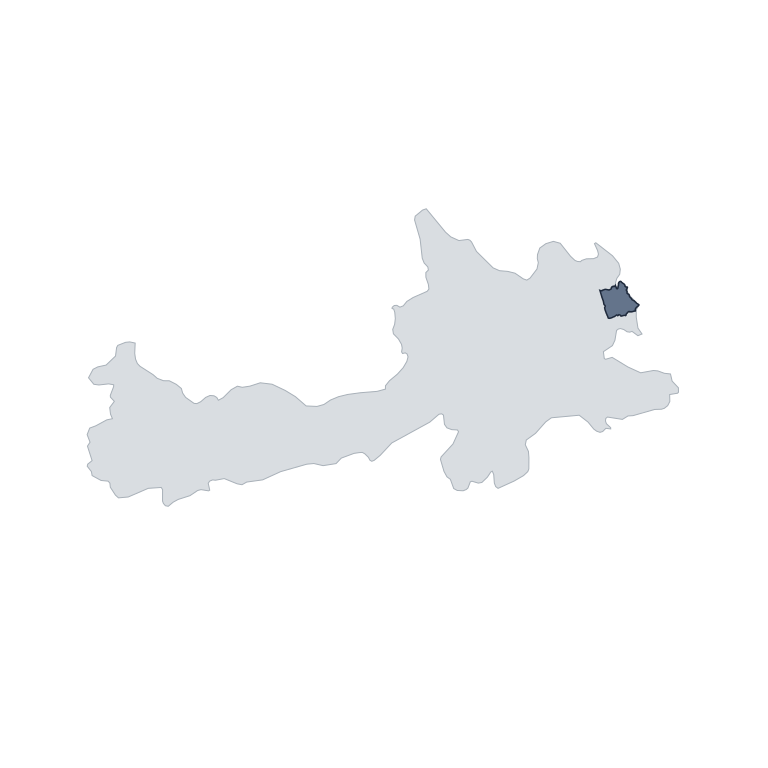 location of Long, Louang Namtha, Laos, rotated 117°
{"feature_id": "54806243B81400796532262", "entity_name": "Long", "entity_type": "district", "adm_level": 2, "iso_a3": "LAO", "parent_name": "Laos", "parent_adm1": "Louang Namtha", "projection": "mercator", "projection_center": [100.748, 20.99], "detail": "fine", "context": "in_parent", "style": "filled", "palette": "slate", "viewbox_px": 768, "rotation_deg": 117, "n_neighbors": 0, "source": "geoboundaries", "source_scale": "gbopen_adm2", "svg_char_len": 8465}
<svg xmlns="http://www.w3.org/2000/svg" viewBox="0 0 768 768"><g transform="rotate(117 384 384)"><path d="M280.5,125.3L283.8,131.3L299.1,147.7L301.7,152.1L307.3,155.5L312.0,169.9L314.0,170.8L316.5,169.8L318.4,167.8L320.0,162.2L321.1,161.6L322.8,166.2L327.1,167.6L329.0,169.6L329.5,173.1L328.9,176.7L325.3,184.9L323.2,195.9L338.1,219.5L344.3,222.7L359.2,226.6L369.3,231.8L374.0,230.5L378.5,224.7L383.9,221.4L393.9,216.4L396.8,216.1L402.3,218.1L411.4,224.0L425.2,235.0L424.7,237.9L422.2,240.7L414.9,245.1L412.5,247.9L413.9,248.9L420.1,249.6L427.3,252.1L429.5,255.0L430.7,261.5L432.0,262.7L438.7,262.0L440.8,262.9L443.2,265.0L445.6,270.4L445.5,274.4L438.8,281.6L438.1,285.8L434.6,290.9L425.5,299.5L423.0,300.0L406.1,295.3L392.7,295.9L391.6,297.7L393.9,302.9L394.5,308.0L392.5,311.8L384.7,316.9L384.4,319.1L386.0,321.3L397.2,325.9L433.0,350.3L449.3,355.0L456.5,358.1L458.4,359.8L458.3,361.9L456.4,364.6L454.9,369.4L454.8,372.3L456.5,375.1L459.4,379.2L469.4,388.4L476.7,390.6L484.4,401.2L486.7,410.4L490.5,416.4L509.0,436.3L524.5,448.6L533.7,461.8L538.2,464.8L539.6,469.5L540.8,483.4L546.2,490.4L547.3,493.2L549.6,495.2L552.2,495.6L557.7,491.1L558.8,491.7L561.2,499.1L563.5,501.7L571.6,506.2L580.3,515.0L585.0,518.2L590.9,520.7L591.7,523.5L590.6,526.3L588.8,528.2L578.7,533.3L577.3,535.5L584.0,546.7L600.8,560.6L606.0,568.9L604.9,572.9L600.2,581.0L596.8,583.2L595.8,585.7L598.4,592.3L598.1,602.5L594.9,604.9L592.0,611.1L589.9,611.6L584.8,609.3L574.0,620.0L569.3,619.5L563.9,625.5L556.9,626.2L552.1,621.8L541.8,614.7L538.2,610.2L535.0,614.0L529.5,617.7L521.9,616.4L519.9,621.8L518.4,622.7L509.1,623.7L507.4,624.5L508.9,629.4L514.3,637.6L516.0,642.4L512.6,650.1L503.0,649.9L498.7,646.8L493.3,640.2L481.0,635.9L472.9,638.8L470.4,638.7L464.2,633.2L461.9,629.6L460.5,624.3L469.9,620.0L474.6,616.7L477.7,613.1L479.0,609.4L480.5,594.1L481.9,588.6L481.2,582.0L478.6,576.7L478.6,568.9L480.0,562.5L483.5,559.3L486.0,554.7L487.5,544.4L486.4,541.8L482.9,539.2L476.9,536.8L473.2,533.8L471.7,530.1L471.9,526.9L473.7,524.2L469.2,521.1L458.5,517.6L452.5,513.6L451.3,508.8L446.8,502.5L439.1,494.8L435.0,483.6L434.6,469.1L435.5,457.2L438.9,443.4L434.4,433.5L429.5,428.2L422.6,424.4L416.0,418.8L409.8,411.6L402.4,400.9L393.7,386.8L387.9,380.4L384.9,381.9L378.6,380.6L369.0,376.5L360.7,374.3L353.5,373.9L348.9,374.9L346.8,377.0L346.6,379.2L348.4,381.3L347.4,382.9L343.7,384.1L340.7,386.4L337.3,391.6L335.0,398.4L331.4,401.0L326.0,401.6L320.6,403.6L315.3,406.9L312.8,409.4L313.1,411.1L311.9,411.5L309.4,410.5L308.1,408.3L308.3,404.7L305.6,402.3L300.0,401.1L293.7,397.3L281.8,387.6L279.0,387.1L275.1,389.7L269.9,395.1L265.7,397.3L262.3,396.2L259.8,398.1L258.0,403.1L254.6,407.0L238.5,417.6L224.0,431.2L220.3,432.4L211.5,428.6L208.7,425.9L220.8,398.1L222.6,391.3L222.2,382.4L217.1,374.9L216.9,372.8L217.7,370.5L223.9,361.8L231.0,339.5L230.6,332.5L227.5,324.9L225.8,317.6L227.1,307.7L226.6,303.9L223.2,301.9L212.1,299.9L205.8,301.6L202.7,304.3L199.0,306.0L192.1,306.9L185.5,303.5L180.0,297.8L178.6,290.9L185.5,275.8L187.2,270.0L187.0,267.3L185.8,264.4L184.2,264.0L180.6,260.5L177.2,254.2L173.9,251.4L170.9,251.9L168.1,254.3L163.4,260.2L162.0,259.4L166.0,238.6L169.9,229.7L174.4,225.6L179.2,223.8L184.3,224.5L188.5,223.7L191.9,221.6L191.6,220.3L187.6,220.0L186.0,217.6L186.8,213.2L188.6,210.3L191.4,209.0L194.0,204.5L196.6,196.8L199.8,192.9L203.5,192.8L209.9,189.6L218.9,183.1L222.3,176.8L225.7,179.7L224.5,186.9L226.2,188.5L227.1,191.1L226.6,195.1L227.3,198.6L228.7,200.2L230.7,201.1L240.2,198.1L246.1,197.9L255.6,203.2L261.3,199.3L261.4,197.8L256.7,192.8L258.1,174.4L257.5,160.4L249.6,150.0L248.0,145.9L247.2,139.1L245.0,133.3L250.6,128.6L253.7,120.0L257.6,117.9L258.9,118.2L263.7,124.7L269.8,121.4L274.5,121.4L278.4,123.2L280.5,125.3Z" fill="#d9dde1" stroke="#a8b0b8" stroke-width="1"/><path d="M205.0,193.3L204.7,193.3L204.1,193.5L203.9,193.8L203.5,193.9L202.7,194.1L202.4,194.1L202.0,194.0L201.9,193.9L201.5,193.9L201.4,193.9L201.1,193.8L200.8,193.7L200.5,193.6L200.0,193.3L199.9,193.2L199.7,193.1L199.3,193.1L199.0,193.0L198.9,192.9L198.7,192.8L198.2,192.7L197.8,192.7L197.7,192.8L197.6,193.1L197.6,193.4L197.5,193.8L197.4,194.3L197.4,194.5L197.4,194.8L197.4,195.3L197.4,195.6L197.3,195.9L197.2,196.1L197.0,196.4L197.0,196.5L196.9,196.8L196.9,197.2L196.7,197.5L196.6,198.0L196.5,198.4L196.3,198.8L196.3,199.4L196.3,199.7L196.3,200.4L196.3,200.8L196.3,201.1L196.2,201.5L196.0,201.8L195.7,201.9L195.6,202.0L195.4,202.3L195.3,202.6L195.3,203.0L195.2,203.4L195.1,203.7L195.0,204.0L194.9,204.3L194.8,204.5L194.6,204.7L194.3,205.2L194.2,205.3L193.9,205.4L193.8,205.6L193.7,205.7L193.2,206.1L193.0,206.5L192.9,206.7L192.9,206.8L193.0,206.9L193.0,207.1L193.0,207.3L193.0,207.6L193.0,207.9L192.9,208.2L192.9,208.4L192.8,208.6L192.7,208.7L192.6,208.8L192.4,208.9L192.2,208.9L191.5,209.3L191.4,209.3L191.2,209.6L190.4,210.7L190.3,210.8L190.1,210.8L189.8,210.9L189.5,210.9L189.4,210.9L189.2,210.8L188.9,210.8L188.6,210.9L188.1,210.9L187.3,211.0L187.2,211.2L187.3,211.3L187.3,211.5L187.5,211.7L187.5,211.9L187.6,212.0L187.7,212.5L187.6,213.0L187.6,213.4L187.5,213.5L187.4,213.7L187.3,213.8L187.1,213.9L187.0,214.0L186.9,214.1L186.7,214.2L186.6,214.3L186.4,214.5L186.2,214.8L186.1,215.0L186.0,215.3L185.9,215.9L185.8,216.1L185.8,216.9L185.7,217.4L185.6,217.8L185.6,218.1L185.5,218.4L185.5,218.6L185.4,218.7L185.4,218.8L185.2,219.0L185.1,219.3L185.1,219.6L185.1,219.8L185.3,220.0L185.6,220.3L185.8,220.6L186.1,220.7L186.4,220.7L186.7,220.8L187.1,220.9L187.3,220.9L187.6,220.8L187.9,220.8L188.0,220.8L188.1,220.7L188.2,220.4L188.4,220.4L188.6,220.3L188.8,220.3L189.0,220.3L189.2,220.2L189.4,220.0L189.5,219.9L190.1,219.8L190.4,219.7L190.5,219.7L191.1,219.5L191.4,219.5L191.7,219.3L192.1,219.3L192.5,219.1L193.0,219.2L193.2,219.3L193.3,219.4L193.3,219.5L193.4,219.9L193.4,220.1L193.3,220.3L193.1,220.4L193.0,220.5L192.8,220.6L192.7,220.7L192.6,220.8L192.5,221.0L192.4,221.2L192.3,221.3L192.0,221.7L191.9,221.8L191.8,222.0L191.5,222.2L191.4,222.4L191.2,222.6L191.3,222.6L191.5,222.6L191.8,222.7L192.0,222.7L192.3,222.7L192.4,222.8L192.5,223.0L192.4,223.0L192.4,223.4L192.5,223.7L192.6,223.8L192.8,223.9L192.9,223.7L193.0,223.8L193.1,224.0L193.1,224.3L193.3,224.3L193.5,224.4L193.5,224.5L193.8,224.7L193.8,224.8L194.0,224.9L194.0,225.0L194.5,225.1L194.8,225.1L195.1,225.0L195.3,225.1L195.5,225.0L195.6,224.9L195.8,224.8L196.1,224.8L196.3,224.9L196.5,224.9L196.6,225.0L197.0,225.3L197.3,225.6L197.7,225.8L197.8,225.9L197.9,226.0L198.0,226.2L198.0,226.3L198.2,226.5L198.3,226.8L198.3,227.0L198.4,227.3L198.5,227.6L198.6,228.0L198.8,228.7L198.9,229.0L199.0,229.4L199.1,229.6L199.2,229.8L199.3,230.0L199.5,230.2L199.6,230.3L199.8,230.5L200.0,230.7L200.1,230.8L200.3,230.9L200.5,231.1L200.7,231.3L200.9,231.5L201.2,231.9L201.4,232.0L201.6,232.1L201.8,232.1L202.0,232.1L202.2,232.4L202.2,232.8L202.3,233.0L202.3,233.3L202.5,233.7L202.7,233.9L202.7,234.0L207.3,229.6L207.6,229.3L207.8,229.2L208.2,228.8L208.5,228.3L208.9,228.0L209.2,227.7L209.4,227.5L209.6,227.3L209.8,227.0L210.0,226.8L210.1,226.6L210.3,226.5L210.5,226.3L210.7,226.1L211.0,225.9L211.4,225.5L211.6,225.4L211.8,225.3L212.1,225.0L212.7,224.6L213.0,224.4L213.4,223.8L213.5,223.6L213.5,223.3L213.8,222.6L214.0,222.4L214.3,222.2L214.6,222.1L214.9,222.1L215.3,222.1L215.6,222.1L215.8,222.1L216.0,222.0L216.2,221.8L216.3,221.7L216.5,221.5L217.0,221.2L217.5,220.7L217.9,220.4L218.1,220.0L218.4,219.8L218.6,219.6L219.3,218.8L219.4,218.7L219.6,218.5L220.0,218.1L220.4,217.6L220.7,217.2L220.8,217.0L221.4,216.5L222.0,215.6L222.8,214.8L223.4,214.2L223.4,213.6L223.2,213.1L223.0,212.8L222.7,212.5L222.4,212.0L222.0,211.6L221.6,211.2L221.0,210.7L220.1,210.1L219.8,209.8L219.6,209.7L219.3,209.2L218.8,209.0L218.5,208.9L218.1,208.7L217.8,208.5L217.3,208.3L216.9,208.1L216.8,207.5L216.8,207.2L217.0,206.7L216.8,206.6L216.4,206.4L215.9,206.2L215.6,206.2L215.5,205.9L215.5,205.5L215.4,205.1L215.4,204.8L215.6,204.3L215.8,204.1L215.9,203.6L215.7,203.3L215.4,203.1L215.3,202.9L215.2,202.7L214.8,202.3L214.5,202.0L214.4,201.9L214.2,201.6L213.9,201.3L213.8,201.2L213.7,201.0L213.6,200.8L213.5,200.4L213.4,200.0L213.4,199.8L213.0,199.6L212.8,199.7L212.5,199.9L212.1,199.8L211.7,199.8L211.3,199.9L211.0,199.9L210.7,199.6L210.4,199.5L210.0,199.4L209.0,199.2L208.6,199.0L208.2,198.7L208.1,198.4L208.3,198.3L208.3,198.0L208.1,197.7L207.9,197.5L207.7,197.2L207.7,196.7L207.5,196.4L207.2,196.2L207.0,195.9L206.9,195.7L206.7,195.4L206.6,195.2L206.4,195.1L206.0,194.8L205.9,194.6L205.5,194.2L205.2,193.7L205.0,193.3Z" fill="#64748b" stroke="#1e293b" stroke-width="1.5"/></g></svg>